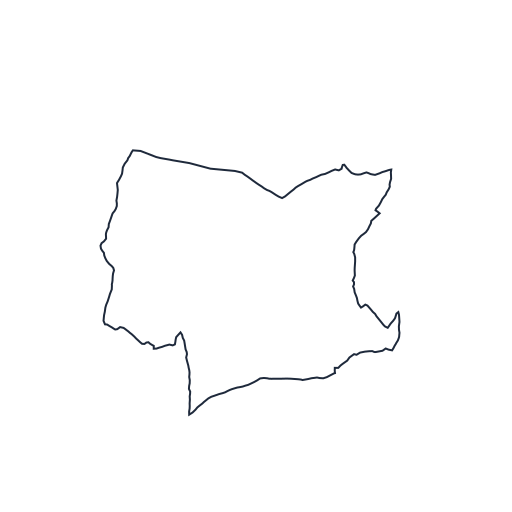 Ndhiwa, Nyanza, Kenya (Natural Earth projection), rotated 49°
{"feature_id": "3690345B51434917036574", "entity_name": "Ndhiwa", "entity_type": "district", "adm_level": 2, "iso_a3": "KEN", "parent_name": "Kenya", "parent_adm1": "Nyanza", "projection": "natural_earth1", "projection_center": [34.403, -0.712], "detail": "fine", "context": "isolated", "style": "outline", "palette": "slate", "viewbox_px": 512, "rotation_deg": 49, "n_neighbors": 0, "source": "geoboundaries", "source_scale": "gbopen_adm2", "svg_char_len": 4884}
<svg xmlns="http://www.w3.org/2000/svg" viewBox="0 0 512 512"><g transform="rotate(49 256 256)"><path d="M396.2,273.2L394.3,271.9L392.1,269.9L394.4,267.3L394.1,264.1L394.2,261.9L394.3,260.8L394.4,259.7L394.8,255.8L393.9,252.1L394.1,249.6L394.4,246.4L396.5,244.9L397.2,240.8L399.6,236.6L402.0,233.2L404.1,230.6L405.7,229.9L406.5,229.3L407.1,228.5L408.4,226.3L410.5,222.7L410.9,218.8L413.6,217.4L416.5,215.2L415.6,212.4L414.6,210.0L414.2,208.5L413.7,207.3L412.8,204.3L411.3,201.6L410.6,200.7L409.6,199.7L408.1,198.1L405.5,196.5L402.8,194.3L399.9,191.0L396.5,188.4L394.1,186.6L391.7,185.4L391.6,187.8L392.2,188.7L392.8,189.7L394.0,191.6L394.4,192.8L394.9,195.1L395.2,197.7L395.4,199.0L396.0,201.2L396.6,203.7L393.7,204.9L391.4,205.0L389.2,204.9L386.6,204.8L383.9,204.7L380.5,204.6L377.9,204.1L374.8,204.5L371.8,204.4L368.9,204.4L366.5,204.4L364.4,205.4L364.2,208.4L363.8,210.6L361.3,210.4L358.9,210.1L356.3,208.8L353.9,207.4L351.5,206.5L348.2,205.4L345.2,203.5L342.7,202.7L341.7,200.6L340.0,199.2L338.0,199.1L336.8,196.4L335.6,194.2L333.7,192.7L331.8,191.2L331.1,190.6L329.6,189.2L327.8,187.4L325.2,184.8L322.1,182.1L318.9,180.5L316.9,180.0L316.3,178.7L315.5,177.6L313.7,175.7L312.0,174.0L311.1,171.1L310.1,166.7L309.7,163.3L310.0,160.2L310.1,157.3L309.3,154.0L307.8,150.6L306.8,148.0L305.1,145.9L305.1,141.8L305.0,138.1L304.9,134.7L302.2,135.2L299.9,135.8L299.1,134.3L298.6,130.2L297.3,126.6L295.9,123.3L295.3,120.3L294.9,117.9L293.7,115.6L292.7,112.2L291.5,109.6L289.7,108.3L288.2,106.4L286.4,103.4L283.6,101.1L281.4,99.4L279.5,97.2L278.6,98.7L277.9,100.2L277.2,102.0L276.4,103.8L275.8,105.0L275.3,106.3L274.7,108.4L274.3,109.4L273.9,110.4L272.9,112.9L271.0,114.5L270.1,115.2L269.3,115.8L267.3,116.7L265.4,117.8L264.2,120.5L263.1,123.4L261.5,125.6L259.7,127.3L259.1,127.7L258.3,128.2L256.0,129.4L253.4,129.6L252.1,129.7L251.1,129.7L248.9,129.8L248.1,129.7L247.2,129.6L245.0,129.5L244.2,130.8L245.6,133.3L246.3,134.1L245.7,137.3L243.5,138.9L242.6,139.5L241.4,143.0L240.6,146.1L239.4,150.0L237.5,153.4L236.7,156.1L236.0,158.7L234.7,162.5L234.1,165.1L233.0,167.8L232.6,169.1L232.3,170.5L231.6,174.5L230.8,178.4L230.4,181.2L230.5,184.1L230.3,187.5L230.2,191.1L230.1,195.0L229.4,198.3L226.1,199.9L222.8,201.0L219.9,201.8L217.8,202.4L215.6,203.2L213.4,204.4L210.1,205.5L207.3,206.1L204.0,207.1L201.0,207.9L198.8,208.4L196.8,208.9L194.4,209.4L190.5,210.3L187.3,211.2L184.0,211.8L178.3,215.9L177.7,216.4L160.2,233.1L142.2,245.3L129.2,256.0L126.6,258.0L119.5,263.8L115.8,266.4L101.0,274.2L95.5,279.6L96.1,281.9L97.7,285.7L98.3,288.4L99.2,289.8L99.5,290.7L100.2,294.5L101.8,298.4L104.1,300.9L106.0,303.1L107.1,305.4L107.5,306.4L107.9,307.5L108.5,309.0L108.9,310.2L109.5,312.3L109.8,313.1L112.3,314.8L115.5,317.0L117.9,319.5L120.3,322.1L122.6,325.0L125.0,326.5L127.0,328.3L128.5,331.0L129.3,333.4L129.7,336.0L130.1,336.9L130.8,338.1L132.2,340.5L133.9,343.5L135.3,346.1L137.6,348.4L138.8,351.5L139.9,353.5L140.9,354.8L141.7,355.5L142.5,356.1L144.6,357.8L145.2,361.2L145.0,364.1L146.2,366.6L148.8,368.2L151.2,368.6L153.8,368.7L156.1,370.2L158.9,371.2L161.9,371.9L165.6,372.0L168.9,371.5L171.3,371.5L173.7,372.6L175.4,375.3L177.0,377.1L178.7,378.8L180.3,380.3L181.7,381.9L182.8,383.4L183.5,383.9L184.2,384.5L186.6,386.8L188.8,391.1L190.6,393.9L192.9,397.7L194.5,401.0L196.1,403.5L198.9,406.7L201.0,409.5L202.6,411.2L204.9,413.6L208.5,414.8L210.1,413.3L212.8,412.5L215.3,411.6L217.2,411.1L219.1,410.5L220.2,408.7L220.5,405.2L223.4,403.1L225.9,402.5L226.6,402.4L228.4,402.0L229.4,401.8L231.1,401.6L233.5,401.1L237.0,400.7L239.7,400.6L242.2,400.3L245.1,400.0L247.5,399.6L249.2,397.9L249.4,395.5L250.5,393.8L252.8,393.5L255.2,392.7L256.7,392.1L258.9,394.0L260.6,391.8L261.6,389.3L263.0,386.4L264.0,383.6L265.4,380.8L266.0,379.5L268.8,377.5L269.5,375.2L267.9,373.2L266.4,371.5L264.9,369.5L264.6,367.3L264.1,363.1L267.0,363.5L269.8,365.0L272.7,365.7L275.0,367.1L277.7,368.8L280.3,370.4L283.0,371.3L284.8,372.5L286.8,375.3L289.7,376.8L292.4,378.1L294.3,379.0L296.1,380.1L298.4,381.3L300.2,382.5L301.7,383.9L303.5,385.8L306.2,387.4L308.6,389.6L310.2,391.7L312.3,393.8L315.1,394.6L316.8,396.2L318.4,398.1L321.0,400.1L323.7,402.8L325.8,404.5L327.6,406.2L329.5,408.5L331.9,410.5L332.5,406.6L332.3,402.5L331.8,399.6L331.9,396.7L332.1,393.7L332.1,392.7L332.0,391.3L332.1,388.6L332.2,385.4L332.9,382.1L334.2,379.0L334.7,377.7L335.1,376.8L335.8,374.9L336.6,373.2L337.6,371.2L338.6,368.8L339.2,366.2L339.9,363.7L340.7,361.5L341.9,358.8L343.0,356.4L344.2,354.5L345.8,351.7L346.9,349.0L348.1,346.5L348.9,343.7L349.9,340.1L350.6,336.8L351.1,333.2L353.2,330.1L355.6,327.8L357.2,326.6L358.8,324.9L360.8,322.5L363.0,320.0L365.4,317.2L368.7,313.2L371.3,310.4L374.4,307.3L376.9,304.8L378.9,303.0L380.1,302.3L381.3,300.3L383.1,297.3L384.6,294.4L385.3,293.3L385.9,292.5L387.7,289.7L389.9,288.0L392.4,285.5L393.9,282.0L394.9,277.7L395.6,274.8L395.8,274.0L396.2,273.2Z" fill="none" stroke="#1e293b" stroke-width="2"/></g></svg>